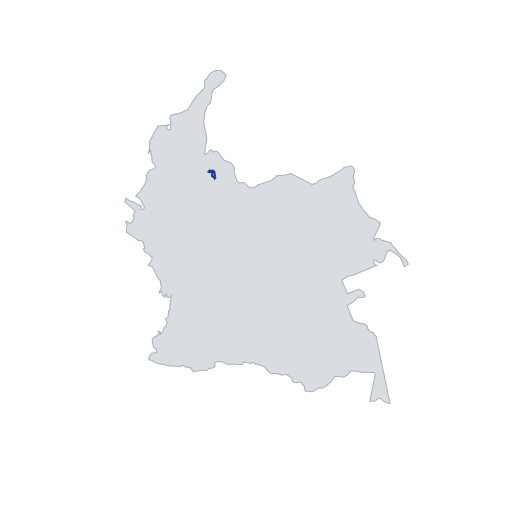 Ocaña, Norte de Santander, Colombia (highlighted), rotated 338°
{"feature_id": "7082276B12484805764820", "entity_name": "Ocaña", "entity_type": "district", "adm_level": 2, "iso_a3": "COL", "parent_name": "Colombia", "parent_adm1": "Norte de Santander", "projection": "albers", "projection_center": [-73.373, 8.221], "detail": "fine", "context": "in_parent", "style": "filled", "palette": "blue", "viewbox_px": 512, "rotation_deg": 338, "n_neighbors": 0, "source": "geoboundaries", "source_scale": "gbopen_adm2", "svg_char_len": 5910}
<svg xmlns="http://www.w3.org/2000/svg" viewBox="0 0 512 512"><g transform="rotate(338 256 256)"><path d="M291.8,81.7L287.0,83.7L277.7,86.2L271.3,96.8L266.9,98.7L261.5,105.0L257.5,112.8L254.5,128.6L246.5,142.1L247.1,142.7L250.3,142.1L253.3,140.6L254.4,141.0L255.5,143.4L259.2,144.0L262.1,154.9L267.7,160.4L268.3,162.5L269.0,167.1L267.1,169.8L266.5,179.8L268.3,182.3L272.4,183.3L275.2,189.4L277.0,190.9L279.5,191.8L285.6,190.8L296.7,191.8L299.3,191.6L305.5,189.4L313.3,192.0L319.1,192.4L335.1,211.0L336.6,210.5L338.6,211.5L342.6,209.6L346.1,209.2L350.6,210.1L356.5,210.0L368.5,208.0L370.3,206.9L376.8,207.8L378.8,209.2L379.8,212.7L379.0,214.9L376.8,217.1L375.6,219.9L375.4,223.3L374.2,225.8L372.1,227.5L371.4,229.9L371.9,233.0L370.9,247.1L371.9,248.3L372.6,254.0L375.5,261.5L376.9,263.7L379.2,265.4L383.6,271.5L382.6,273.6L371.9,283.5L371.4,285.7L373.4,284.8L376.8,285.6L378.0,287.9L386.2,294.6L386.1,297.1L388.5,302.2L388.1,303.3L394.0,317.6L394.2,320.7L389.5,321.6L389.2,311.9L388.5,310.0L383.1,301.4L382.0,300.8L378.5,301.8L372.7,308.2L369.9,309.2L367.7,308.4L365.5,304.6L364.0,303.9L362.6,307.1L364.5,309.9L338.5,310.2L333.4,309.1L326.5,310.6L326.5,325.2L338.8,325.3L342.2,329.4L342.0,332.8L342.5,334.0L339.6,334.7L335.2,332.5L327.6,335.3L322.0,336.0L321.8,352.1L325.2,356.0L331.8,360.2L332.8,363.1L332.4,365.9L334.0,369.3L336.1,371.1L336.2,373.2L337.3,375.5L324.9,443.1L320.2,439.1L318.5,435.4L316.2,433.9L311.9,435.1L307.1,433.2L322.2,410.3L321.6,408.2L308.9,402.7L307.6,401.3L301.5,398.3L298.2,399.2L296.3,400.7L291.7,401.2L288.0,398.8L283.5,397.2L278.2,401.1L276.6,401.1L272.8,402.8L268.8,403.4L263.5,401.7L259.2,402.9L256.2,402.6L255.1,401.4L251.3,400.1L250.9,398.5L252.0,395.7L250.4,390.1L249.7,389.2L246.9,389.1L243.5,387.1L242.8,385.8L243.5,383.6L242.9,381.6L239.7,377.2L235.1,376.0L230.7,372.2L226.3,370.9L224.3,368.2L222.4,362.2L217.9,357.5L214.7,355.9L213.7,353.7L210.4,353.4L206.0,350.3L204.0,350.1L202.7,351.5L198.6,350.0L195.1,347.7L191.5,347.1L189.1,345.7L184.8,341.3L180.2,339.2L177.6,339.9L176.6,343.1L175.1,343.7L169.8,342.8L168.9,343.5L167.5,343.4L161.0,340.9L154.6,340.0L153.0,334.5L148.9,332.5L147.7,330.0L144.8,330.2L133.8,325.1L129.3,321.6L125.5,319.7L121.5,315.8L120.9,314.2L117.8,312.0L119.4,309.1L123.1,307.0L128.0,308.7L128.7,305.4L126.9,302.4L127.9,295.6L129.2,294.1L131.9,292.8L133.5,293.4L134.6,292.2L138.6,292.8L139.8,292.3L142.9,289.7L144.2,287.5L145.6,287.7L148.9,284.1L148.4,280.5L151.5,279.7L154.7,273.8L156.1,273.6L156.9,270.8L162.6,261.0L160.5,262.1L158.3,261.4L158.7,258.0L158.1,257.6L156.2,260.2L154.7,257.6L155.1,253.3L152.6,254.1L152.7,253.1L156.4,250.0L158.0,242.7L156.8,240.0L156.2,229.1L155.6,227.0L152.6,224.2L157.4,221.1L159.1,218.8L157.0,213.9L154.2,209.8L154.2,207.3L155.8,207.6L156.6,200.8L155.0,198.2L153.1,198.1L146.9,188.0L144.8,185.9L146.5,181.1L148.4,179.0L148.0,175.3L149.3,175.5L151.9,178.9L153.0,178.4L157.2,175.3L157.4,172.3L160.8,169.3L156.1,159.0L154.5,157.3L156.5,154.0L157.6,154.2L159.4,157.5L162.3,159.6L166.6,165.4L168.5,166.7L167.1,168.0L166.8,169.3L167.4,170.1L169.9,170.3L170.9,168.7L170.3,161.7L169.3,158.2L167.0,155.7L167.8,154.7L172.2,153.1L181.5,146.5L184.7,140.2L187.1,138.0L189.9,136.5L193.2,136.9L195.8,136.1L196.6,134.2L194.9,129.8L196.9,123.9L196.8,120.9L198.1,119.1L197.7,118.4L194.3,120.5L197.8,116.3L200.2,109.9L213.6,98.7L222.3,101.5L225.1,101.3L221.5,102.7L220.9,104.3L222.2,106.1L223.5,106.6L224.6,105.5L227.5,98.9L228.0,95.3L229.2,94.0L231.1,93.6L239.6,95.1L247.6,94.6L260.8,85.2L270.7,81.2L273.1,77.3L273.7,74.4L275.5,73.3L277.4,73.3L278.5,71.7L283.0,69.2L287.9,68.9L293.1,71.0L295.4,74.9L295.9,77.5L291.8,81.7ZM138.8,291.6L138.1,292.1L137.0,291.2L136.6,290.0L137.3,289.2L138.2,289.5L138.8,291.6Z" fill="#d9dde1" stroke="#a8b0b8" stroke-width="1"/><path d="M246.6,161.7L246.4,161.7L246.4,161.8L246.2,161.9L246.2,162.0L246.3,162.1L246.2,162.1L246.3,162.3L246.2,162.5L246.4,162.8L246.3,163.0L246.2,163.1L246.0,163.3L245.9,163.3L245.7,163.5L245.5,163.8L245.6,164.0L245.6,164.3L245.4,164.5L245.3,164.8L245.1,164.9L245.1,165.0L245.1,165.3L245.0,165.5L244.9,165.6L244.9,165.8L245.0,165.9L245.3,166.0L245.4,166.3L245.5,166.4L245.6,166.5L245.9,166.5L246.1,166.5L246.3,166.9L246.3,167.0L246.3,167.4L246.4,167.5L246.3,167.8L246.4,168.1L246.4,168.4L246.5,168.6L246.5,168.8L246.6,168.7L247.0,168.7L247.3,168.6L247.5,168.7L247.8,168.5L247.7,168.3L247.7,168.1L247.8,168.0L247.8,167.9L247.7,167.8L247.7,167.7L247.6,167.4L247.4,167.2L247.4,166.9L247.5,166.7L247.8,166.7L248.0,166.5L248.1,166.4L248.3,166.3L248.4,166.1L248.4,165.9L248.4,165.7L248.2,165.7L248.1,165.3L248.1,165.2L248.3,165.0L248.3,164.9L248.4,164.7L248.5,164.7L248.6,164.4L248.8,164.2L248.8,163.9L248.8,163.7L248.7,163.7L248.5,163.4L248.4,163.4L248.5,163.4L248.8,163.2L249.0,162.9L248.9,162.9L249.0,162.8L249.0,162.7L248.9,162.6L249.0,162.4L249.0,162.2L248.9,161.9L248.8,162.0L248.7,162.0L248.4,162.0L248.5,162.0L248.5,161.9L248.6,161.7L248.6,161.8L248.6,161.7L248.4,161.6L248.2,161.7L248.1,161.4L248.0,161.2L247.9,161.2L248.0,161.2L247.9,161.0L248.0,161.0L248.0,160.9L248.1,160.7L248.2,160.4L248.3,160.4L248.5,160.3L248.5,160.2L248.5,160.3L248.4,160.2L248.1,160.3L248.0,160.5L247.9,160.5L247.7,160.7L247.5,160.4L247.5,160.2L247.4,159.9L247.4,160.0L247.2,160.1L246.9,160.2L246.9,160.3L246.8,160.6L246.8,160.9L246.8,161.0L246.8,161.3L246.8,161.5L246.7,161.6L246.6,161.7ZM244.5,160.9L244.4,161.0L244.5,161.3L244.8,161.3L244.8,161.2L244.9,160.9L245.0,160.8L245.3,160.8L245.5,160.7L245.8,160.6L245.9,160.4L245.7,160.3L245.7,160.2L245.8,160.2L245.7,160.1L245.6,159.9L245.7,159.7L245.5,159.3L245.4,159.5L245.1,159.5L244.9,159.5L244.7,159.5L244.4,159.8L244.2,160.0L244.1,159.9L244.0,159.7L243.9,159.5L243.7,159.5L243.5,159.8L243.4,159.9L243.3,160.0L243.2,160.0L243.1,160.3L242.9,160.3L242.8,160.5L242.9,160.4L243.0,160.4L243.3,160.4L243.5,160.4L243.8,160.4L243.9,160.5L244.1,160.6L244.1,160.8L244.3,160.8L244.5,160.9Z" fill="#3b82f6" stroke="#1e3a8a" stroke-width="1.5"/></g></svg>